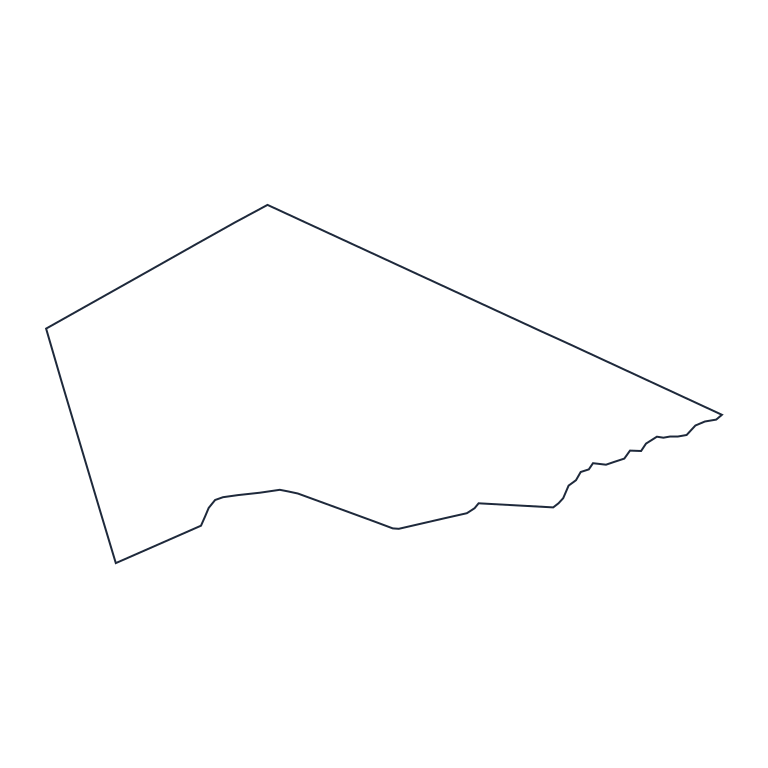 outline of Senador Alexandre Costa, Maranhão, Brazil
{"feature_id": "56859067B37234724064641", "entity_name": "Senador Alexandre Costa", "entity_type": "district", "adm_level": 2, "iso_a3": "BRA", "parent_name": "Brazil", "parent_adm1": "Maranhão", "projection": "albers", "projection_center": [-43.922, -5.258], "detail": "fine", "context": "isolated", "style": "outline", "palette": "slate", "viewbox_px": 768, "rotation_deg": 0, "n_neighbors": 0, "source": "geoboundaries", "source_scale": "gbopen_adm2", "svg_char_len": 773}
<svg xmlns="http://www.w3.org/2000/svg" viewBox="0 0 768 768"><path d="M721.9,414.8L564.1,341.7L557.3,338.6L550.0,335.3L541.8,331.6L267.5,204.9L234.8,222.5L196.6,243.9L142.2,274.6L46.1,328.6L61.4,381.0L100.5,512.2L115.8,563.1L201.0,525.7L205.2,516.2L208.7,507.9L215.1,500.0L223.0,497.2L238.0,495.1L260.0,492.7L279.8,489.8L288.0,491.4L297.8,493.5L354.2,514.1L376.0,522.1L392.8,528.4L398.8,528.8L445.2,518.1L466.9,513.2L474.6,508.2L478.6,503.3L553.2,507.4L558.5,503.3L563.2,498.2L568.6,485.6L576.0,480.2L580.7,472.0L588.8,469.4L593.0,463.2L606.0,464.7L614.5,461.8L624.3,458.6L630.0,450.6L641.1,451.0L646.0,443.6L656.9,436.7L663.4,437.7L670.2,436.5L678.0,436.5L686.6,435.0L695.4,425.5L704.9,421.5L716.2,419.6L721.9,414.8Z" fill="none" stroke="#1e293b" stroke-width="2"/></svg>